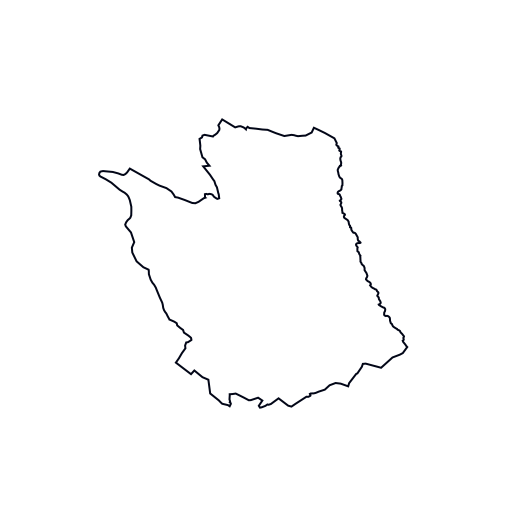 the district of Otmah, Dhamar, Yemen, rotated 124°
{"feature_id": "15242507B73585871072840", "entity_name": "Otmah", "entity_type": "district", "adm_level": 2, "iso_a3": "YEM", "parent_name": "Yemen", "parent_adm1": "Dhamar", "projection": "equal_earth", "projection_center": [43.928, 14.474], "detail": "fine", "context": "isolated", "style": "outline", "palette": "ink", "viewbox_px": 512, "rotation_deg": 124, "n_neighbors": 0, "source": "geoboundaries", "source_scale": "gbopen_adm2", "svg_char_len": 6125}
<svg xmlns="http://www.w3.org/2000/svg" viewBox="0 0 512 512"><g transform="rotate(124 256 256)"><path d="M357.1,292.2L356.9,291.3L356.2,287.4L356.1,285.9L356.1,284.1L357.6,282.5L357.7,281.6L357.8,280.5L358.0,278.7L358.1,275.1L359.8,272.9L359.8,267.7L360.0,265.3L360.2,264.1L361.2,263.0L361.8,262.6L365.5,264.2L366.7,265.5L369.9,264.7L372.0,262.9L377.9,263.1L384.0,262.7L389.2,262.8L390.3,243.8L385.4,243.1L386.4,232.6L385.2,226.3L395.6,217.1L396.5,206.1L397.1,203.3L397.4,201.4L395.3,195.8L395.3,193.8L393.2,194.1L392.6,194.2L392.2,194.6L392.0,195.2L391.9,196.0L391.1,196.1L389.7,197.8L386.3,199.8L385.3,200.5L383.6,198.3L381.4,195.9L380.8,191.6L380.2,186.9L379.6,181.3L378.4,179.7L372.3,175.0L372.3,169.9L376.2,169.9L378.6,169.9L379.5,167.9L378.3,166.7L375.0,164.4L372.7,163.5L372.5,162.9L372.3,162.4L370.4,160.9L361.4,157.7L362.1,145.6L361.0,142.4L356.5,140.6L344.5,135.5L343.4,133.8L341.5,132.8L341.1,132.9L340.2,134.2L339.3,133.7L337.7,131.4L336.2,130.0L333.3,128.1L328.3,124.2L322.0,122.7L316.8,119.0L314.5,114.5L314.1,113.0L312.5,106.7L309.3,107.7L297.8,107.0L296.6,106.3L288.6,106.3L285.7,107.1L283.9,104.9L278.7,89.8L267.5,87.0L263.8,86.1L257.4,81.6L254.4,80.0L249.1,79.8L246.9,79.7L246.6,81.0L245.9,82.7L245.3,84.7L244.9,86.0L244.2,87.0L243.6,86.8L242.8,86.7L242.3,87.1L241.6,88.0L241.1,88.1L240.1,88.2L239.8,88.5L239.3,90.1L238.9,91.2L238.5,93.3L238.1,94.1L237.7,94.6L237.6,95.7L237.8,96.6L237.9,97.5L237.6,98.3L237.7,98.7L237.8,100.8L237.8,102.1L237.7,103.1L237.2,104.1L236.4,105.3L236.4,106.1L236.3,106.7L235.4,107.8L234.7,108.7L233.2,109.8L232.4,110.6L232.1,111.5L232.0,112.3L232.1,113.4L232.5,114.1L233.2,114.8L233.4,116.1L233.1,116.9L232.3,117.4L231.1,118.1L229.7,118.2L228.3,118.8L227.7,119.3L227.3,120.1L227.2,120.9L227.5,121.5L227.8,124.4L227.8,126.8L227.6,127.1L227.0,126.7L226.2,126.4L225.1,126.4L224.6,126.9L224.0,127.7L223.5,128.8L223.2,129.7L222.7,130.3L222.0,130.8L221.6,131.5L221.4,132.8L221.0,133.3L220.1,133.4L219.3,133.5L218.4,133.7L217.8,134.2L217.6,134.9L217.5,135.9L217.0,136.6L216.7,137.3L216.7,138.1L217.0,138.7L217.0,140.2L217.2,141.2L217.2,142.8L216.8,144.1L216.5,145.0L215.7,144.9L215.4,144.9L214.7,145.5L214.3,146.3L214.2,147.3L214.2,148.3L214.4,149.4L213.9,151.7L212.9,152.2L212.0,152.1L211.0,152.3L210.1,152.6L209.4,153.5L208.8,154.3L208.2,155.2L207.8,156.3L207.4,157.2L207.0,158.1L206.5,158.4L205.2,159.3L204.2,160.7L203.9,161.4L203.9,162.5L203.5,164.0L203.0,164.5L202.5,165.7L202.2,166.3L201.6,166.6L200.6,167.4L199.5,168.2L198.8,168.7L198.2,169.3L197.4,169.5L197.2,170.1L196.8,171.1L196.4,171.8L195.9,172.3L195.4,173.0L195.4,173.8L195.3,174.6L193.2,176.1L192.0,176.5L191.9,176.7L191.7,177.5L191.3,178.6L190.9,179.2L190.3,179.6L189.6,179.5L189.0,179.3L188.4,178.8L187.9,178.2L187.3,177.3L186.7,176.8L186.4,176.9L186.3,177.6L186.1,178.2L186.1,179.9L185.7,180.4L185.0,181.2L183.9,181.9L183.2,182.8L182.9,183.6L182.3,184.7L181.8,185.7L181.6,186.6L181.7,187.5L182.2,188.2L182.2,188.6L181.2,191.2L180.4,192.1L179.6,192.6L179.3,193.1L179.6,194.1L179.4,194.3L178.8,194.6L178.3,195.0L178.2,195.8L177.6,196.7L176.7,197.6L175.7,198.5L175.0,200.1L175.0,203.5L174.9,204.4L174.3,205.1L173.5,205.4L172.9,205.4L172.6,205.3L172.1,205.3L171.7,205.9L171.7,206.9L171.9,208.5L171.6,208.7L170.8,209.3L170.1,210.0L169.7,210.4L169.3,210.6L168.6,211.1L168.1,211.6L167.6,212.2L167.4,212.9L166.7,214.2L166.4,214.6L164.4,214.9L164.0,215.1L163.7,215.5L163.5,216.2L163.5,217.0L163.4,217.3L163.2,217.5L162.7,217.2L162.2,217.0L161.9,217.1L161.5,217.1L160.9,217.1L160.6,217.6L160.2,218.0L159.8,218.5L159.3,219.4L158.9,220.2L158.5,220.6L158.3,221.0L158.2,221.5L158.3,221.7L158.6,222.4L158.6,223.0L158.3,223.5L157.6,223.8L157.0,223.9L156.2,223.7L154.8,222.9L153.6,222.5L152.9,222.5L152.3,222.9L151.5,223.2L150.0,224.0L149.5,223.9L149.0,223.9L148.2,224.5L147.3,225.0L144.9,226.8L144.3,227.6L144.1,228.1L144.1,229.1L144.1,230.0L143.6,231.3L142.0,233.4L141.0,234.3L139.6,235.9L138.7,236.5L136.2,236.9L135.3,236.7L134.4,236.9L134.1,236.6L133.9,236.2L133.3,236.1L133.0,236.6L132.5,236.8L131.9,237.0L131.6,237.2L130.7,237.8L130.4,238.2L129.6,239.3L128.3,240.5L127.4,240.9L126.8,241.1L126.3,241.0L125.8,240.9L125.4,241.0L124.9,241.4L124.3,242.3L123.7,242.9L122.0,243.7L121.8,243.9L121.9,244.4L122.0,244.6L122.0,245.2L122.1,245.6L121.9,246.0L120.5,246.4L120.1,246.8L120.1,247.0L120.1,247.3L120.2,247.7L120.3,248.1L120.2,248.4L119.1,248.9L119.2,250.6L118.9,251.6L117.2,252.2L114.6,256.8L115.5,267.6L116.5,274.7L117.3,279.7L122.5,278.9L128.4,282.2L130.3,284.7L133.2,288.2L134.0,290.2L134.6,292.1L135.7,294.3L140.7,299.6L143.0,308.0L143.8,311.6L144.9,316.9L147.6,321.5L150.5,327.3L153.6,333.0L153.6,335.2L155.9,335.5L156.6,335.2L156.3,337.1L156.4,338.6L157.0,341.3L158.2,342.9L161.0,345.2L161.7,360.4L168.7,360.3L169.8,358.5L171.0,357.4L172.1,356.9L175.8,356.9L178.1,357.6L180.1,358.5L181.0,358.5L184.3,366.4L186.1,367.7L187.9,367.1L190.5,368.3L192.3,366.7L195.7,363.8L198.6,362.1L204.1,355.6L204.3,352.3L206.1,349.0L207.2,345.1L211.2,349.9L212.5,345.7L214.4,339.6L216.6,334.2L217.2,332.4L219.6,329.4L220.9,326.8L224.8,322.6L225.7,321.4L228.7,318.8L230.2,319.9L230.4,320.8L230.4,323.5L230.2,324.5L229.8,325.4L229.6,326.0L229.6,327.0L230.0,328.3L230.7,329.6L231.8,330.4L232.3,331.9L233.3,332.9L236.1,330.9L236.1,330.7L237.3,331.6L243.2,333.9L246.2,335.8L247.7,338.5L249.4,346.3L251.2,353.3L252.4,356.0L251.1,358.6L249.8,362.2L249.8,364.0L249.8,368.2L251.6,375.3L252.1,378.9L252.6,385.5L252.3,387.5L254.1,409.5L258.8,409.6L261.1,410.1L262.9,411.1L263.7,412.7L264.6,416.5L266.4,421.7L271.1,430.3L272.3,431.5L273.1,432.2L274.6,432.3L276.2,431.7L276.9,430.8L277.1,429.5L276.4,423.6L276.1,416.9L277.3,406.1L277.2,402.5L277.0,400.4L277.3,397.5L278.0,395.3L279.0,393.7L280.3,391.8L284.9,386.9L288.1,384.7L292.0,382.2L294.5,381.6L295.4,381.7L298.0,382.4L300.7,382.5L303.1,382.0L304.2,380.5L306.4,372.8L312.6,364.7L318.5,363.6L322.3,360.5L327.2,352.0L328.3,343.1L327.4,337.4L328.2,336.6L331.0,334.6L334.5,330.1L336.1,326.9L336.8,324.4L338.3,321.3L339.5,319.6L344.3,312.4L347.1,307.7L348.5,306.1L350.9,303.9L352.3,302.0L353.2,300.1L353.8,298.2L355.3,295.6L357.0,292.3L357.1,292.2Z" fill="none" stroke="#020617" stroke-width="2"/></g></svg>